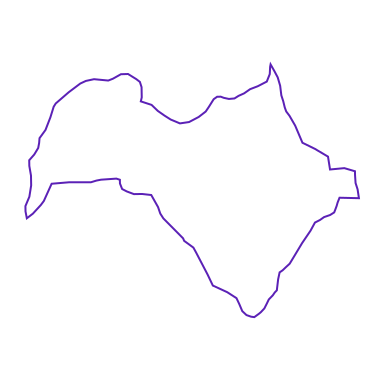 the district of Al-Zibar, Arbil, Iraq, rotated 269°
{"feature_id": "34846034B21205760150819", "entity_name": "Al-Zibar", "entity_type": "district", "adm_level": 2, "iso_a3": "IRQ", "parent_name": "Iraq", "parent_adm1": "Arbil", "projection": "orthographic", "projection_center": [44.113, 37.087], "detail": "fine", "context": "isolated", "style": "outline", "palette": "violet", "viewbox_px": 384, "rotation_deg": 269, "n_neighbors": 0, "source": "geoboundaries", "source_scale": "gbopen_adm2", "svg_char_len": 1730}
<svg xmlns="http://www.w3.org/2000/svg" viewBox="0 0 384 384"><g transform="rotate(269 192 192)"><path d="M66.3,248.9L65.8,252.1L69.0,256.7L70.6,258.7L74.3,262.3L79.2,264.9L83.2,266.9L87.3,271.0L90.1,273.0L92.2,275.1L103.2,276.6L110.1,278.2L112.1,281.2L115.4,284.8L118.6,288.4L124.3,292.0L139.0,301.2L151.2,309.8L159.3,314.4L161.8,319.5L164.6,323.6L166.6,329.7L169.1,333.8L171.5,334.8L175.6,336.4L178.9,337.4L183.7,339.4L182.9,358.8L191.8,357.6L198.1,355.7L206.2,355.3L209.9,355.3L213.2,344.7L212.1,330.4L225.0,328.6L231.7,317.7L232.7,316.2L239.3,303.3L256.6,296.3L266.5,290.8L270.9,287.6L275.0,286.2L281.2,284.8L287.1,283.0L296.7,282.0L305.1,279.7L311.4,276.5L318.2,272.8L315.8,272.3L308.5,271.8L301.1,268.7L296.6,259.6L293.8,251.9L289.7,245.8L287.3,240.2L284.8,236.1L284.4,230.5L285.6,225.4L286.8,222.4L286.8,218.8L284.4,215.3L276.6,210.2L272.2,207.1L266.9,200.0L262.0,190.3L260.8,181.1L262.8,176.6L264.8,172.0L268.9,165.8L273.7,159.2L279.8,153.1L283.5,142.4L287.5,143.4L291.6,143.4L297.7,143.4L303.0,141.8L305.8,138.3L311.1,130.1L311.0,123.0L306.6,114.8L304.9,110.2L305.7,103.1L306.5,96.0L304.9,87.8L302.4,82.2L293.9,70.5L282.9,57.3L279.7,55.2L269.1,51.7L256.6,46.6L248.5,40.5L243.6,40.0L238.7,39.0L232.2,34.9L226.6,29.8L220.9,29.8L211.2,31.3L201.4,31.3L190.1,29.3L180.8,25.2L175.5,25.2L168.6,26.4L173.1,32.5L181.6,40.6L185.6,43.7L202.7,51.8L203.9,69.7L203.5,91.1L205.1,96.7L205.9,101.3L206.7,116.6L205.5,120.1L201.8,120.1L196.2,122.2L193.7,126.8L190.9,133.9L190.9,142.0L189.7,151.2L177.5,157.8L171.0,159.9L166.1,162.9L159.2,169.5L145.8,182.3L143.3,183.3L136.4,192.4L131.5,195.0L109.1,206.2L98.1,211.2L91.2,225.5L85.1,234.6L79.4,237.2L72.0,240.2L68.0,244.3L66.3,248.9Z" fill="none" stroke="#5b21b6" stroke-width="2"/></g></svg>